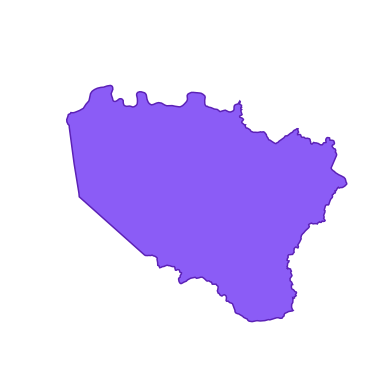 Tartarugalzinho, Amapá, Brazil, rotated 200°
{"feature_id": "56859067B68348525949477", "entity_name": "Tartarugalzinho", "entity_type": "district", "adm_level": 2, "iso_a3": "BRA", "parent_name": "Brazil", "parent_adm1": "Amapá", "projection": "orthographic", "projection_center": [-51.087, 1.312], "detail": "fine", "context": "isolated", "style": "filled", "palette": "violet", "viewbox_px": 384, "rotation_deg": 200, "n_neighbors": 0, "source": "geoboundaries", "source_scale": "gbopen_adm2", "svg_char_len": 5939}
<svg xmlns="http://www.w3.org/2000/svg" viewBox="0 0 384 384"><g transform="rotate(200 192 192)"><path d="M296.3,148.9L215.4,116.7L214.2,116.4L212.1,117.0L211.2,117.5L209.0,118.2L208.0,119.0L205.9,118.8L205.0,119.0L203.0,118.5L202.0,117.9L201.8,116.7L200.2,114.0L199.1,111.4L198.0,111.4L196.4,109.8L195.4,110.5L194.4,111.6L192.8,112.5L190.8,114.4L189.8,114.8L188.7,114.8L187.4,115.2L186.1,115.1L184.9,115.2L183.0,115.8L182.2,115.2L181.9,114.4L180.8,112.9L179.8,113.2L179.2,114.1L178.3,114.4L177.2,114.3L175.9,112.5L174.3,112.5L174.0,111.4L174.5,109.4L174.0,107.9L174.8,106.8L174.9,105.7L173.6,103.5L172.4,102.4L171.3,102.1L170.6,102.4L168.6,104.7L166.9,106.2L166.1,107.9L163.8,110.5L159.9,112.9L158.2,112.5L156.3,113.6L154.7,114.9L153.4,115.4L152.3,115.3L150.5,114.7L147.9,113.5L147.0,113.6L145.8,114.3L144.0,113.8L142.9,113.9L141.4,112.3L137.8,113.6L137.0,112.9L135.3,112.3L134.9,111.5L134.4,109.1L134.4,107.8L132.8,105.9L131.8,105.9L130.3,104.7L129.1,104.5L128.3,104.5L127.3,105.9L126.5,106.5L125.2,106.3L124.4,105.9L123.5,104.6L122.8,101.6L122.0,101.2L120.7,101.8L118.9,101.0L116.4,101.0L115.6,100.7L111.1,95.4L110.6,94.2L109.6,93.4L107.9,93.2L106.4,93.4L101.8,92.5L100.7,91.9L99.4,91.7L96.7,91.5L95.6,90.6L94.9,90.3L94.0,90.2L91.8,90.6L90.7,91.0L87.6,93.0L86.4,93.5L83.9,94.1L79.5,96.1L76.6,98.2L75.1,98.5L74.4,99.0L69.4,102.8L67.9,103.4L66.6,103.4L65.3,103.7L64.2,104.3L63.9,105.6L63.1,107.0L63.5,108.5L63.2,109.7L61.0,111.9L60.5,112.6L56.8,114.7L56.4,115.4L57.3,115.7L59.1,117.9L59.9,120.6L59.5,122.6L60.3,125.3L61.1,126.9L60.2,126.6L59.5,127.5L60.1,128.4L59.1,129.3L58.7,130.2L59.6,130.7L59.3,133.0L59.9,133.7L60.7,133.6L61.5,133.8L62.5,134.5L63.3,134.9L64.2,134.9L65.1,135.2L65.8,136.1L66.3,137.3L66.7,138.6L65.7,139.4L67.6,141.4L69.4,142.2L70.3,144.2L69.4,147.5L70.3,148.7L71.3,149.5L71.8,150.3L71.5,151.6L72.4,152.3L73.1,153.3L75.2,153.2L75.7,152.5L76.6,152.8L76.4,153.9L77.2,154.4L77.2,156.0L77.6,156.9L77.8,157.7L77.2,158.9L77.2,160.4L78.2,160.2L79.3,160.4L79.6,161.6L79.3,163.8L80.0,164.6L80.0,165.4L79.6,166.1L76.1,167.8L75.9,169.1L75.4,170.2L76.3,172.0L76.3,172.8L76.7,173.9L75.8,175.7L74.9,175.9L74.0,175.5L73.2,175.9L73.4,177.3L74.5,178.4L73.8,181.4L73.4,185.3L74.0,186.2L74.3,188.6L73.7,190.7L73.2,191.5L72.1,194.5L70.1,198.4L69.9,199.6L71.2,201.2L70.8,202.0L69.3,203.5L67.2,203.5L66.2,204.1L64.2,204.8L63.3,204.8L63.1,206.0L61.9,207.6L61.2,207.3L60.2,207.7L59.7,209.1L58.4,209.3L57.4,209.9L57.2,210.8L59.3,212.3L59.2,213.6L60.3,215.1L60.2,218.4L60.6,219.9L61.4,220.1L61.6,220.9L61.9,224.6L61.4,225.8L60.5,226.3L59.7,226.3L59.2,227.0L59.3,230.3L59.2,232.6L58.3,234.8L58.4,235.8L58.9,236.4L59.1,237.3L58.5,238.0L58.3,239.2L57.2,240.0L57.2,240.9L58.0,241.8L57.1,242.5L56.6,245.6L56.1,246.5L55.1,246.0L54.3,246.7L53.5,247.2L52.6,247.4L51.8,248.1L50.4,249.9L49.3,252.3L49.6,253.2L50.5,253.9L52.4,256.7L54.1,257.7L57.3,258.2L59.9,258.4L64.0,259.3L65.1,260.0L66.1,260.1L67.9,260.8L68.6,261.2L69.5,262.1L68.7,275.8L69.0,276.9L70.0,278.0L71.0,278.6L71.0,279.8L71.5,280.7L72.3,281.4L73.6,281.3L75.8,282.6L76.1,283.4L76.0,284.2L75.2,284.8L74.8,285.7L74.8,286.6L76.1,288.4L77.3,288.7L80.1,287.9L81.3,289.9L82.6,289.7L83.5,289.4L84.0,288.7L84.2,287.8L84.1,286.5L83.4,285.4L83.0,284.4L85.0,283.3L85.3,282.6L85.6,281.1L86.9,280.4L88.2,280.4L89.7,280.8L92.3,280.6L93.2,280.2L94.6,280.2L95.7,278.0L97.0,278.2L97.6,279.6L98.3,280.4L99.1,281.8L99.9,282.2L102.1,282.0L103.3,281.3L104.3,281.3L105.5,281.8L107.4,281.0L108.2,281.3L109.3,282.7L110.3,283.0L112.4,282.0L112.8,282.9L112.3,284.7L113.8,286.4L114.0,287.7L115.0,287.4L116.0,285.9L117.0,285.1L117.6,284.0L118.0,282.6L119.4,281.1L121.2,278.1L121.8,277.3L122.8,277.0L123.6,276.4L124.1,274.5L127.7,269.3L128.1,268.1L129.0,267.3L129.7,266.2L130.7,266.1L131.9,266.3L134.2,266.8L136.3,267.4L137.5,267.3L138.4,267.9L139.3,268.9L140.6,269.7L141.4,270.6L141.8,271.4L144.3,272.9L145.4,273.0L147.2,272.1L148.4,271.9L149.1,271.3L150.8,270.4L153.2,269.7L154.6,269.1L156.9,269.2L157.8,269.5L158.5,270.2L159.5,270.5L161.8,271.0L162.8,270.7L163.5,271.0L164.8,272.6L164.7,273.4L165.9,273.1L168.9,274.2L169.3,275.5L168.6,276.5L168.5,277.9L170.1,278.6L172.6,278.6L173.2,279.5L172.8,280.3L171.9,281.0L171.4,281.8L174.0,285.1L173.5,286.5L174.6,286.8L175.0,287.8L174.3,288.4L174.9,289.4L175.1,290.4L177.5,290.9L177.5,293.3L178.2,293.8L178.6,291.7L179.0,290.4L180.6,289.3L181.2,288.7L181.6,288.0L181.7,287.1L181.5,286.1L180.7,283.8L180.9,282.8L181.3,282.0L183.1,280.4L183.9,280.1L185.1,279.9L188.6,280.3L189.7,279.7L193.0,277.2L193.8,277.2L194.6,277.7L196.6,278.2L199.4,277.6L203.1,277.8L205.6,277.4L206.8,277.8L207.7,277.4L208.7,277.8L209.7,278.6L210.2,279.4L211.4,282.4L212.1,285.7L213.0,286.8L215.2,287.6L217.0,287.9L218.4,287.7L225.0,286.0L226.6,285.4L228.4,283.7L229.3,282.6L229.5,281.7L229.5,280.8L228.0,277.7L227.9,276.1L228.1,275.0L229.3,272.0L230.4,269.9L231.9,268.3L232.9,267.7L237.2,266.8L240.2,266.4L245.2,264.4L247.3,264.4L251.0,265.1L253.9,264.6L255.8,263.4L258.3,261.0L260.0,260.0L261.8,260.3L263.5,261.1L264.9,262.5L266.0,263.8L268.0,267.3L268.6,268.0L269.6,268.7L270.8,269.0L272.1,268.9L273.8,268.8L275.5,268.3L277.0,267.1L277.4,266.1L277.5,265.2L277.2,264.1L275.4,261.3L274.3,258.7L273.7,256.4L273.7,255.5L274.0,254.5L274.4,253.8L275.6,252.3L276.7,251.6L278.9,251.6L280.1,251.4L282.8,250.1L283.9,250.0L285.1,250.1L286.0,250.7L287.0,252.1L288.0,254.5L289.3,255.3L290.6,255.4L291.8,254.9L292.5,254.2L293.6,252.3L294.8,251.0L295.9,250.6L296.9,250.6L297.6,251.1L298.9,253.1L300.5,255.0L301.6,256.8L301.5,261.4L302.3,263.1L303.0,263.9L303.8,264.2L304.8,264.3L305.6,264.0L308.2,262.5L310.9,260.3L313.5,259.1L316.5,257.1L318.6,255.0L319.4,253.9L320.4,252.3L321.0,249.8L320.1,243.3L320.1,242.2L321.7,238.1L322.7,233.5L325.5,230.2L329.3,226.8L330.3,226.1L331.4,225.6L333.0,225.2L333.1,224.1L334.7,222.5L334.5,220.7L334.5,217.2L333.5,215.0L332.7,214.4L332.1,213.5L330.3,212.6L329.9,212.0L329.6,211.1L312.4,178.2L297.9,152.3L296.3,148.9Z" fill="#8b5cf6" stroke="#5b21b6" stroke-width="1.5"/></g></svg>